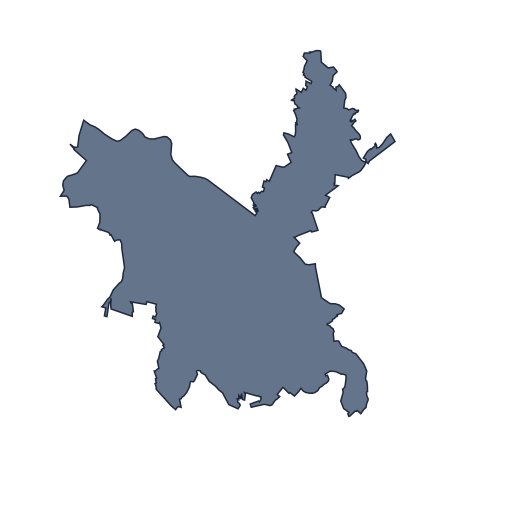 Targu Mures, Mures, Romania (Equal Earth projection), rotated 72°
{"feature_id": "2599482B75389931397791", "entity_name": "Targu Mures", "entity_type": "district", "adm_level": 2, "iso_a3": "ROU", "parent_name": "Romania", "parent_adm1": "Mures", "projection": "equal_earth", "projection_center": [24.558, 46.548], "detail": "fine", "context": "isolated", "style": "filled", "palette": "slate", "viewbox_px": 512, "rotation_deg": 72, "n_neighbors": 0, "source": "geoboundaries", "source_scale": "gbopen_adm2", "svg_char_len": 6135}
<svg xmlns="http://www.w3.org/2000/svg" viewBox="0 0 512 512"><g transform="rotate(72 256 256)"><path d="M393.2,317.2L391.1,317.3L389.6,318.6L387.1,318.0L387.3,317.2L386.1,318.0L386.3,316.5L383.3,315.5L385.6,314.7L386.7,315.0L386.8,314.5L384.2,313.5L383.3,312.5L388.2,313.2L389.5,311.4L384.4,308.9L382.2,309.1L389.5,298.3L389.4,297.3L390.6,296.5L391.4,294.8L394.1,295.8L395.7,297.9L394.7,298.4L395.0,307.2L398.4,307.3L399.5,294.9L400.0,293.1L402.5,289.1L402.6,286.9L398.9,282.0L398.9,281.0L397.1,276.9L394.2,278.6L389.3,270.9L396.8,267.1L396.2,266.0L401.1,262.7L397.8,256.8L395.7,254.2L399.2,252.7L401.1,250.9L403.1,247.4L404.0,244.6L404.1,242.5L403.3,239.1L400.8,236.1L400.2,233.4L399.0,230.8L398.5,228.1L397.3,225.9L395.8,224.8L392.4,224.8L391.5,225.0L391.6,226.6L389.7,226.8L388.5,221.7L389.0,219.2L391.0,215.4L394.8,211.4L395.3,209.6L397.1,207.3L399.8,208.0L407.0,211.4L408.6,212.7L409.4,214.8L412.5,215.2L420.1,220.2L428.1,219.8L433.4,216.0L434.4,217.4L437.1,217.3L437.4,216.5L434.2,209.7L434.8,208.4L434.3,207.4L438.4,205.1L435.3,201.0L434.1,198.2L430.5,196.3L427.8,194.0L426.5,193.5L423.2,193.8L420.2,193.2L419.4,192.6L419.4,191.8L413.2,190.0L409.2,189.3L408.7,190.0L406.2,189.6L399.6,186.2L391.8,186.9L379.7,191.3L377.6,194.2L375.4,194.6L374.2,196.4L371.3,198.8L368.4,202.5L362.5,203.6L361.6,205.6L361.2,208.2L353.3,206.4L352.0,205.1L348.8,205.2L347.1,206.8L345.3,207.2L343.4,209.6L342.5,209.3L342.5,206.9L341.3,203.3L339.9,202.8L339.7,200.8L338.6,199.0L338.4,197.2L337.6,196.8L337.2,197.3L336.7,196.6L337.1,192.4L333.6,188.5L328.5,191.8L326.1,195.1L324.2,200.1L323.5,200.8L315.9,206.6L285.2,202.9L281.7,202.0L280.7,208.4L279.0,211.7L271.2,214.7L263.5,218.9L259.8,214.6L257.3,210.5L250.0,213.9L250.2,212.9L249.6,209.9L248.8,196.0L250.4,195.6L250.7,189.1L232.6,189.2L231.7,190.0L230.6,188.9L230.4,187.6L231.7,184.9L231.8,182.9L229.5,178.5L231.0,175.2L229.7,174.5L223.1,167.8L219.7,171.1L214.6,156.2L212.6,159.8L210.7,158.9L211.0,158.5L203.1,155.6L209.7,143.8L210.7,144.1L209.1,139.3L207.8,131.6L206.9,129.6L204.2,125.8L201.6,123.1L200.2,122.3L202.7,120.8L200.7,118.7L190.1,88.4L181.5,90.2L183.7,95.1L188.1,100.5L190.8,105.3L190.6,107.9L188.5,107.2L185.8,107.5L186.3,108.5L187.9,108.4L190.1,113.7L189.4,114.0L191.1,117.9L196.1,123.7L198.0,121.6L200.0,122.3L199.7,124.3L197.3,126.2L192.9,127.5L187.0,128.2L178.1,130.3L174.7,130.5L174.6,129.9L175.6,128.9L175.4,124.5L177.1,123.1L177.1,121.2L176.1,120.3L174.1,119.8L172.1,120.2L166.5,122.8L164.8,123.1L161.8,124.8L159.2,121.4L158.4,119.2L156.5,119.7L157.8,123.2L156.7,123.0L157.1,124.6L155.9,124.5L154.6,122.7L152.0,120.5L151.8,119.1L151.1,119.1L150.9,118.0L151.4,117.5L150.5,116.7L150.5,114.6L149.5,113.6L148.9,113.8L149.2,114.2L148.0,116.6L146.6,116.8L145.5,118.6L145.7,122.8L143.8,124.0L142.5,126.8L135.2,123.4L133.3,121.5L129.0,120.5L118.8,123.9L120.2,126.0L120.1,127.8L123.2,128.6L119.9,130.7L119.1,130.6L116.4,132.8L113.3,129.4L108.3,127.0L105.9,122.0L104.8,122.1L100.2,123.9L99.4,129.3L91.9,133.9L81.5,131.2L80.6,131.7L79.6,134.1L79.2,135.5L79.4,139.1L78.7,141.5L79.2,141.2L79.7,141.9L77.9,147.3L80.8,149.5L86.2,147.0L90.7,151.4L93.9,153.0L95.9,154.7L97.4,153.8L98.4,155.0L100.3,153.7L101.1,154.1L107.1,149.1L108.8,150.1L109.1,150.4L105.2,154.4L109.3,156.0L111.0,154.9L113.8,157.3L111.1,159.2L114.4,162.3L109.6,166.3L111.8,166.9L113.4,166.6L114.8,167.7L114.9,168.8L116.1,170.4L117.9,170.5L118.7,174.1L119.3,173.7L120.0,171.6L123.2,172.1L125.5,170.5L126.9,170.4L128.5,169.1L128.2,174.3L129.2,174.2L129.3,175.2L134.1,174.6L138.9,174.8L141.1,176.0L141.7,177.3L142.2,177.2L142.8,176.0L143.8,176.3L143.4,177.9L149.5,179.7L153.2,181.4L154.4,182.9L150.1,187.3L147.5,191.4L149.5,192.5L157.8,190.6L168.7,190.0L168.9,194.6L177.8,193.7L180.2,201.7L179.1,204.3L176.2,208.9L189.1,220.3L186.7,222.3L188.5,223.6L187.1,225.2L192.5,228.6L194.0,227.0L197.0,229.0L196.2,230.7L197.5,233.2L196.1,233.9L196.8,235.4L195.1,236.1L196.4,240.3L199.2,242.6L205.1,241.5L205.3,242.0L206.5,241.7L206.8,242.9L207.4,242.7L207.1,240.7L208.5,240.4L209.1,243.7L211.3,243.2L211.0,242.3L211.5,242.2L211.0,240.2L212.3,240.1L213.0,242.8L213.8,242.5L213.2,240.2L213.8,240.0L214.5,242.3L215.5,242.0L217.3,244.4L168.8,278.3L166.4,280.6L164.1,284.1L161.2,289.7L160.0,294.2L158.4,295.8L142.3,304.5L138.7,305.8L133.4,305.7L122.9,301.4L119.0,301.5L115.2,303.9L114.0,306.3L113.2,317.0L111.7,321.2L108.5,324.8L104.5,326.0L100.3,328.6L98.0,331.6L98.2,335.1L102.0,343.0L104.2,349.2L104.0,352.6L100.6,356.4L93.9,362.0L86.5,366.7L83.3,369.4L80.0,373.3L73.6,377.9L86.8,387.1L97.0,391.8L97.1,393.5L96.1,395.5L92.1,398.4L97.9,395.8L98.4,396.3L112.8,387.8L121.8,400.1L122.1,404.7L121.9,410.1L122.6,412.1L125.2,416.0L128.9,417.9L134.3,418.2L138.7,423.6L140.4,417.8L141.7,417.0L144.1,416.4L152.1,417.9L154.1,410.9L155.4,401.8L156.5,398.6L156.2,396.8L160.9,391.8L162.1,392.2L167.9,391.4L175.7,394.1L180.7,398.2L183.0,396.2L182.5,395.7L183.9,394.4L188.3,388.6L190.8,388.5L191.1,388.3L191.0,387.3L198.3,386.0L197.8,383.5L198.6,380.3L202.7,379.9L207.4,381.3L226.4,384.6L230.9,387.4L236.2,389.8L238.7,391.8L239.7,394.6L244.2,402.3L250.1,407.8L251.2,410.5L255.3,415.9L256.6,418.4L259.0,414.9L266.1,418.7L267.6,416.5L256.7,411.1L254.8,409.9L255.3,409.4L255.1,409.2L251.5,406.8L258.2,409.5L261.6,410.2L275.2,392.3L271.8,391.3L271.2,390.8L271.2,389.9L270.2,389.6L263.1,388.3L262.3,388.5L262.2,389.3L260.8,389.5L268.1,375.5L265.7,373.9L271.1,365.6L274.3,367.5L275.1,367.3L277.5,368.3L279.5,368.2L280.7,368.7L282.8,370.3L281.3,372.4L283.5,373.8L285.3,371.2L287.9,372.6L290.0,369.4L289.5,368.3L295.1,368.6L302.4,374.3L311.7,370.9L312.2,372.3L314.8,371.3L315.8,374.8L316.9,375.0L317.3,376.6L323.5,380.3L325.5,382.3L332.8,383.1L333.1,385.0L334.2,386.6L333.9,388.4L341.6,388.2L341.8,389.6L346.1,390.2L346.1,391.4L349.7,391.4L351.9,392.1L372.4,382.9L377.3,379.9L375.8,378.0L375.2,376.3L376.8,374.0L368.3,372.9L368.7,371.6L367.4,370.0L366.9,368.0L364.4,364.1L359.9,359.7L355.8,357.6L355.2,356.5L356.3,354.6L355.5,353.0L350.4,348.2L347.5,348.4L346.9,347.5L347.0,346.4L348.0,344.5L349.6,344.4L353.6,341.0L360.7,339.3L367.2,334.8L371.8,332.8L375.8,330.1L388.9,327.8L395.8,320.3L393.2,317.2Z" fill="#64748b" stroke="#1e293b" stroke-width="1.5"/></g></svg>